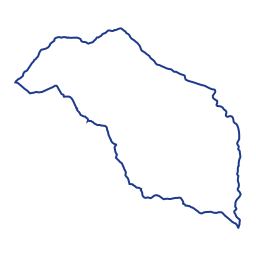 Daga, Wangdi Phodrang, Bhutan (Mercator projection)
{"feature_id": "84629894B46024490365368", "entity_name": "Daga", "entity_type": "district", "adm_level": 2, "iso_a3": "BTN", "parent_name": "Bhutan", "parent_adm1": "Wangdi Phodrang", "projection": "mercator", "projection_center": [89.96, 27.228], "detail": "fine", "context": "isolated", "style": "outline", "palette": "blue", "viewbox_px": 256, "rotation_deg": 0, "n_neighbors": 0, "source": "geoboundaries", "source_scale": "gbopen_adm2", "svg_char_len": 5769}
<svg xmlns="http://www.w3.org/2000/svg" viewBox="0 0 256 256"><path d="M156.6,64.4L155.4,62.9L154.3,61.1L152.5,59.5L151.0,58.5L150.1,57.3L149.4,56.0L146.3,53.8L145.0,52.6L144.5,52.3L141.6,50.5L141.4,49.9L140.9,49.2L140.9,48.9L139.7,45.8L137.5,43.1L135.5,41.5L134.3,40.4L131.5,38.6L130.3,37.1L129.5,35.4L128.4,34.2L126.2,32.9L125.3,31.4L123.6,30.4L122.5,29.3L121.0,28.4L119.9,28.5L118.3,28.9L116.3,29.9L115.6,30.1L114.4,30.0L113.9,30.5L113.7,30.7L112.7,31.0L112.0,31.1L111.4,30.9L109.9,30.5L109.5,30.5L108.9,30.4L108.4,30.5L108.0,30.6L107.0,31.5L105.8,32.6L105.3,33.1L104.6,33.2L104.1,33.4L102.7,34.0L102.4,34.2L101.2,35.8L99.5,36.7L98.5,37.4L98.0,37.5L97.3,37.4L97.1,37.4L96.6,37.9L95.5,39.6L94.8,40.1L94.5,40.3L94.2,40.6L93.1,42.0L92.1,42.4L91.6,42.5L91.0,42.7L90.0,43.0L89.1,43.3L88.6,43.6L87.5,43.3L87.0,42.9L86.2,42.3L84.5,42.0L83.2,41.9L82.1,41.6L81.9,41.4L81.1,40.7L80.9,39.9L80.4,39.0L78.6,38.1L77.4,37.7L77.1,37.7L76.4,37.7L75.8,37.6L74.9,37.8L73.8,37.6L72.6,37.8L71.8,37.8L69.5,37.8L68.6,37.5L68.3,37.5L67.4,37.8L67.1,37.8L66.9,37.7L66.4,37.3L65.5,37.3L65.0,37.1L63.5,37.1L63.0,37.1L61.7,37.7L61.3,37.7L60.9,37.6L59.8,37.1L59.4,37.1L57.7,37.3L56.1,37.8L55.3,38.3L54.7,38.8L54.4,39.5L54.4,40.4L54.2,40.9L53.9,41.2L53.3,41.4L53.0,41.6L51.1,43.1L50.1,44.2L49.9,44.6L49.8,45.4L48.3,47.2L47.5,47.8L46.1,48.5L43.9,49.2L41.5,49.7L40.9,50.2L40.0,51.4L38.8,54.0L38.4,55.7L37.6,56.9L36.6,57.9L35.7,59.1L34.1,60.2L33.5,61.6L31.9,63.2L27.1,70.5L25.8,71.2L24.5,71.8L24.0,72.7L23.4,73.4L23.2,74.4L23.0,75.6L22.3,76.5L21.2,77.4L20.3,78.2L19.1,78.8L18.0,79.3L17.4,80.0L16.1,81.1L15.4,82.4L17.7,82.9L21.2,85.8L24.6,88.8L27.3,90.7L29.9,93.3L33.7,92.7L36.3,91.9L38.4,92.4L41.9,92.0L45.9,90.2L48.9,88.8L52.7,87.2L54.9,85.8L55.8,85.7L56.3,85.7L57.1,86.2L59.4,90.4L60.1,91.4L61.0,93.2L61.7,94.0L63.5,94.9L63.8,96.4L63.8,96.7L64.2,96.8L65.0,96.6L66.2,96.6L69.0,96.6L70.2,97.1L72.0,98.9L73.3,101.2L76.2,107.6L76.7,108.1L76.4,108.2L77.2,110.0L77.7,110.8L79.2,112.3L79.9,113.4L80.6,114.9L82.1,115.6L83.2,116.2L84.2,116.5L85.2,116.6L86.5,117.9L87.8,119.0L88.1,120.0L87.8,121.0L88.2,120.7L89.9,121.0L91.0,121.0L92.0,121.7L93.1,122.2L93.4,122.5L94.4,123.6L94.9,123.7L97.5,125.1L99.5,124.9L100.8,125.4L102.1,125.6L103.3,125.7L105.0,125.9L106.5,127.0L106.9,128.0L107.1,129.8L107.6,131.0L108.0,131.6L108.3,133.7L108.7,135.2L109.3,136.5L109.9,138.1L110.9,139.7L111.0,140.6L111.7,141.7L112.7,142.9L114.3,143.9L116.1,144.6L116.1,145.0L114.9,146.5L114.5,148.0L115.0,149.1L115.0,150.1L115.7,152.6L116.9,154.6L115.9,157.7L117.9,159.7L120.3,162.2L121.8,163.2L124.0,168.1L124.3,169.2L125.2,170.7L125.9,172.5L125.6,174.1L125.4,175.0L125.5,175.5L126.5,176.8L127.6,177.9L128.4,179.6L129.5,184.0L130.3,184.1L131.5,184.1L132.8,184.5L133.0,185.1L134.0,185.5L135.0,186.2L136.4,187.5L137.2,187.7L138.3,187.7L139.9,188.3L141.2,189.0L140.9,190.5L141.6,191.2L142.3,193.2L142.3,194.6L142.8,196.0L143.4,196.7L144.3,197.5L145.5,197.9L146.5,197.6L148.2,197.5L150.7,198.2L151.7,197.6L152.8,196.8L153.4,196.2L154.4,195.6L155.9,195.2L157.1,195.2L157.9,195.7L158.8,195.8L161.1,197.4L162.4,198.4L163.6,199.2L164.6,199.0L167.4,198.7L168.5,198.9L169.3,199.0L170.4,199.0L174.0,198.2L175.3,198.0L177.7,197.9L179.5,197.6L180.8,198.0L181.4,199.0L181.9,199.6L182.9,201.3L183.2,201.9L183.3,202.5L183.3,202.9L183.0,203.5L183.3,203.9L184.4,204.3L184.9,204.6L185.2,205.0L185.5,205.6L187.1,205.6L188.1,206.0L188.8,206.0L189.1,205.9L190.8,207.0L191.4,207.3L192.6,207.6L192.9,207.8L193.5,208.2L194.2,208.6L196.3,210.3L196.9,210.6L197.2,210.9L198.0,211.4L198.5,211.9L199.0,212.5L199.7,212.9L200.3,213.1L201.1,213.4L201.6,213.4L202.3,213.2L202.9,212.8L203.7,212.5L204.2,212.5L205.2,212.1L208.8,211.9L211.3,211.8L212.4,212.3L214.2,212.8L215.4,212.9L216.3,212.9L217.4,212.7L218.6,212.2L219.8,212.2L221.6,212.3L222.5,213.0L223.4,213.9L224.4,215.0L224.9,215.6L225.7,216.2L228.5,218.5L229.9,219.8L231.2,220.8L231.5,221.2L231.9,221.6L234.6,223.2L235.5,223.4L235.9,223.7L237.1,225.3L237.8,226.7L237.9,227.4L238.4,227.6L239.5,224.2L239.6,221.5L239.9,220.5L239.7,219.8L239.1,219.0L238.3,218.5L236.5,216.8L236.0,215.8L235.4,214.2L234.5,212.9L234.2,211.7L234.6,210.8L236.2,209.4L236.4,208.8L236.2,208.2L235.2,206.7L235.4,204.1L235.4,202.7L236.2,200.5L237.6,198.8L239.3,197.0L240.4,195.1L240.6,194.0L239.4,191.7L238.2,190.6L237.7,189.6L237.8,188.6L238.6,187.4L238.9,185.3L238.8,183.9L237.8,180.7L237.9,179.0L238.1,177.3L238.4,176.0L237.6,175.0L237.1,173.9L237.5,172.7L237.9,171.0L237.8,169.0L238.0,167.4L238.3,166.2L238.7,166.0L238.7,163.1L238.9,161.6L239.1,160.3L239.4,159.3L239.7,158.5L240.1,157.9L240.2,157.5L240.3,156.8L240.3,156.1L240.2,155.2L239.8,152.4L239.7,151.2L239.6,150.9L239.4,150.5L239.0,150.1L238.3,149.4L238.2,149.2L238.3,148.5L238.6,147.5L238.7,147.0L238.6,146.3L238.6,146.0L237.6,144.8L237.4,144.3L237.2,143.7L237.2,143.1L237.3,142.7L237.8,141.8L238.6,140.2L239.0,139.6L239.2,139.1L239.2,134.2L239.2,133.7L238.7,130.2L238.2,128.0L237.5,126.0L237.4,125.6L237.2,125.3L236.6,124.3L236.2,123.9L234.6,123.0L233.9,122.2L233.7,121.8L233.2,118.9L233.0,118.2L232.5,117.3L232.2,116.9L231.7,116.5L231.2,116.3L230.1,116.1L229.5,116.2L228.5,116.6L227.7,116.8L227.0,116.7L226.1,116.0L225.9,115.6L225.9,114.6L226.0,114.1L226.3,113.2L226.4,112.4L226.3,111.7L226.0,111.1L225.5,110.6L224.6,110.0L224.0,109.4L223.3,108.6L223.1,108.1L222.4,107.4L221.2,106.6L219.5,106.2L217.4,106.0L216.7,105.5L216.5,104.8L217.1,103.3L217.2,101.4L217.1,100.8L215.7,100.0L213.4,98.4L212.9,97.0L212.8,95.7L215.1,92.4L215.3,91.4L215.0,90.1L214.2,89.5L212.6,89.4L209.8,88.4L204.8,85.8L200.8,84.8L192.4,82.0L188.6,81.0L187.0,80.3L185.6,79.5L185.0,77.4L184.7,75.7L183.4,75.0L180.7,74.2L179.0,73.4L176.1,71.8L174.3,71.8L172.9,70.8L171.3,69.4L168.6,68.9L166.6,68.4L164.4,67.3L161.6,66.2L159.5,65.1L157.9,64.8L156.6,64.4Z" fill="none" stroke="#1e3a8a" stroke-width="2"/></svg>